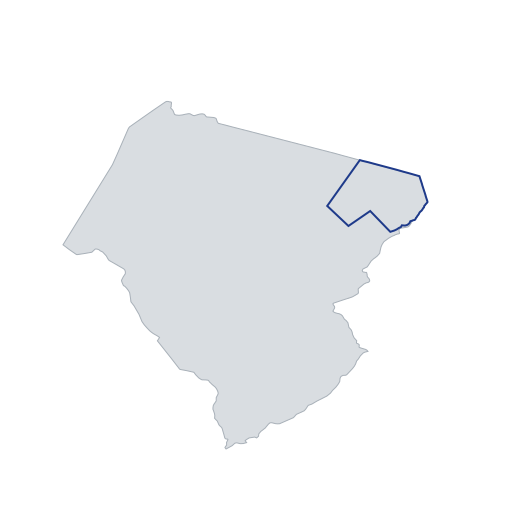 Tindouf highlighted on a map of Algeria, rotated 162°
{"feature_id": "DZA-2150", "entity_name": "Tindouf", "entity_type": "Province", "adm_level": 1, "iso_a3": "DZA", "parent_name": "Algeria", "parent_adm1": "", "projection": "albers", "projection_center": [-7.582, 27.544], "detail": "fine", "context": "in_parent", "style": "outline", "palette": "blue", "viewbox_px": 512, "rotation_deg": 162, "n_neighbors": 0, "source": "natural_earth", "source_scale": "10m", "svg_char_len": 4721}
<svg xmlns="http://www.w3.org/2000/svg" viewBox="0 0 512 512"><g transform="rotate(162 256 256)"><path d="M344.1,81.7L344.5,82.6L344.7,83.5L343.3,84.6L342.4,85.2L341.6,87.8L339.7,89.7L339.4,90.2L339.5,90.6L341.0,91.2L341.6,91.8L341.9,92.7L341.7,96.2L341.5,102.3L341.7,103.5L342.5,105.0L343.2,106.2L343.5,107.5L343.8,110.9L344.7,112.7L345.5,114.5L344.5,116.9L344.2,118.9L344.2,121.8L344.3,123.6L343.7,125.3L342.8,127.0L341.7,128.1L340.2,129.2L338.6,130.5L337.6,133.6L334.8,136.4L334.3,137.3L334.2,139.3L334.6,142.0L335.4,144.1L337.3,147.1L339.1,150.5L339.6,152.2L340.2,152.8L342.2,153.7L345.5,154.9L346.2,155.4L348.1,157.7L350.1,161.8L351.0,164.6L357.2,168.3L363.1,171.5L363.6,172.0L368.2,184.8L369.9,189.4L376.0,205.8L374.6,206.9L372.9,208.4L374.5,210.5L377.6,213.9L379.6,216.7L380.3,217.9L382.0,221.5L383.5,225.0L383.9,226.2L384.7,228.9L385.3,236.6L387.4,246.3L389.1,251.1L388.2,255.7L387.5,260.1L387.9,262.2L389.0,265.4L390.1,267.7L391.2,268.8L391.6,273.0L391.4,274.5L388.8,277.1L385.8,279.5L385.1,281.3L385.1,283.2L385.8,284.7L397.1,297.2L397.6,298.6L398.4,302.5L400.6,307.2L402.6,309.1L403.5,310.6L404.9,311.6L406.2,312.2L407.0,312.2L411.0,310.3L418.6,311.4L425.8,312.6L426.4,313.0L431.6,319.8L436.1,326.3L364.3,387.2L356.4,395.9L337.8,416.9L336.3,417.9L309.3,426.2L295.3,430.3L294.6,430.5L293.8,430.6L293.2,430.6L291.9,430.2L290.4,429.2L289.3,428.8L289.0,427.9L289.5,426.7L290.1,425.6L290.3,424.7L290.7,424.0L291.3,423.5L291.3,422.7L290.6,421.6L290.0,420.0L289.8,417.0L289.7,415.7L288.3,414.7L285.7,413.6L283.3,413.1L282.3,412.9L279.7,412.7L276.2,412.2L274.9,411.7L272.4,409.1L271.2,408.5L266.0,408.4L264.2,408.1L262.7,407.6L261.5,406.8L260.7,405.3L260.4,404.1L259.9,403.5L253.9,401.0L252.4,400.1L251.5,399.2L251.4,397.8L251.4,396.0L251.1,394.5L250.8,393.8L147.7,328.2L142.3,324.6L130.2,316.7L75.9,281.3L76.1,255.9L76.2,254.5L76.5,254.0L78.2,253.1L80.9,250.9L81.9,250.0L83.1,249.0L87.6,246.2L88.5,245.4L92.8,242.0L93.8,241.5L96.1,241.2L97.1,240.6L98.4,239.2L100.3,237.7L101.5,237.0L101.8,236.9L102.6,236.7L106.6,237.2L108.3,237.5L110.3,237.8L110.9,237.6L111.4,237.1L112.2,236.0L112.3,234.8L112.4,233.7L112.5,233.2L112.8,233.0L113.7,233.0L114.8,233.2L117.2,233.1L118.0,232.9L120.7,232.7L124.5,231.9L129.9,230.1L132.4,228.1L134.2,226.1L136.1,223.0L137.6,220.3L140.7,218.5L143.3,217.5L144.8,217.1L148.1,215.6L153.5,211.3L158.2,210.6L158.7,210.2L159.4,209.5L159.4,208.2L158.6,207.4L157.6,207.0L156.9,206.5L156.2,206.4L155.9,205.8L156.0,204.7L156.1,203.7L156.5,202.7L156.3,201.3L155.6,199.8L155.4,198.8L155.4,197.8L155.7,197.0L156.7,196.4L157.7,196.2L159.3,196.4L162.0,196.0L168.8,193.3L169.2,192.5L169.6,190.8L170.0,189.3L170.7,188.7L171.1,188.6L176.6,187.4L177.8,187.3L188.0,187.3L196.8,187.2L197.6,186.8L197.6,185.7L196.9,183.7L197.2,182.4L198.4,181.2L199.9,179.8L199.0,178.2L197.7,177.2L195.9,176.0L195.0,175.6L193.3,174.1L192.3,172.4L191.5,168.7L190.2,166.7L189.2,164.1L189.7,159.4L188.4,156.6L188.2,155.4L188.1,153.9L188.4,151.4L188.0,147.9L186.4,144.3L187.0,143.1L187.3,142.4L187.2,141.9L185.9,140.8L185.3,139.8L185.5,138.9L186.1,137.6L186.0,137.1L184.0,135.6L180.5,133.2L179.6,132.1L179.0,130.7L182.2,130.9L183.9,130.7L187.6,128.8L190.5,126.4L192.7,125.1L194.6,122.6L196.4,120.9L199.0,119.1L206.5,115.0L207.6,114.9L210.2,115.6L212.4,115.2L213.8,113.8L215.2,110.7L217.6,108.6L220.7,106.5L224.8,104.5L227.5,102.6L231.9,100.9L242.9,99.2L248.6,97.9L252.5,97.8L256.2,94.9L258.0,93.9L266.5,92.9L270.3,90.7L285.4,89.2L287.3,89.7L289.2,90.5L292.6,92.6L294.2,93.0L296.1,92.3L300.5,89.5L305.6,87.7L308.3,86.0L309.3,83.8L311.6,82.8L313.2,84.2L318.8,85.1L322.0,84.3L323.4,83.7L322.6,81.4L326.2,81.6L329.0,82.4L332.1,84.3L334.0,84.5L337.2,83.0L344.1,81.7Z" fill="#d9dde1" stroke="#a8b0b8" stroke-width="1"/><path d="M127.6,315.1L125.2,313.5L122.2,311.7L119.3,309.9L116.4,308.0L113.0,305.8L109.6,303.6L106.2,301.4L102.8,299.2L99.4,297.0L96.0,294.8L92.7,292.6L89.3,290.3L85.9,288.1L82.6,285.9L79.2,283.6L75.9,281.4L75.9,279.6L75.9,277.8L75.9,276.0L75.9,274.2L75.9,273.0L76.0,271.9L76.0,270.7L76.0,269.6L76.0,268.5L76.0,267.3L76.0,266.2L76.0,265.0L76.0,263.9L76.0,262.7L76.0,261.6L76.1,260.4L76.1,259.3L76.1,258.2L76.1,257.0L76.1,255.9L76.1,255.0L76.2,254.5L76.4,254.1L76.7,253.9L78.8,252.7L79.6,252.1L80.4,251.7L80.6,251.5L81.1,250.5L81.4,250.2L82.0,250.0L82.3,249.8L83.4,248.8L84.5,248.0L86.4,247.2L87.0,246.8L88.5,245.3L90.3,244.1L91.3,243.2L92.1,242.8L92.3,242.5L93.3,241.5L93.9,241.3L94.7,241.3L95.4,241.4L95.8,241.4L96.2,241.4L96.5,241.3L98.4,241.4L99.9,239.8L101.8,239.0L103.1,238.8L104.9,238.9L107.8,240.1L109.2,238.8L111.5,238.5L114.0,237.8L115.1,237.7L116.3,237.5L118.7,237.5L120.8,237.5L133.5,263.5L158.8,256.0L172.8,281.6L127.9,314.9L127.7,315.1L127.6,315.1Z" fill="none" stroke="#1e3a8a" stroke-width="2"/></g></svg>